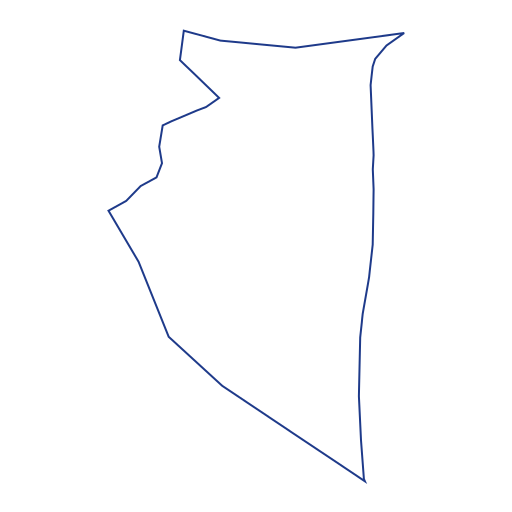 the district of Beliel, Southern Darfur, Sudan
{"feature_id": "16777658B54519575625723", "entity_name": "Beliel", "entity_type": "district", "adm_level": 2, "iso_a3": "SDN", "parent_name": "Sudan", "parent_adm1": "Southern Darfur", "projection": "robinson", "projection_center": [25.18, 11.91], "detail": "fine", "context": "isolated", "style": "outline", "palette": "blue", "viewbox_px": 512, "rotation_deg": 0, "n_neighbors": 0, "source": "geoboundaries", "source_scale": "gbopen_adm2", "svg_char_len": 850}
<svg xmlns="http://www.w3.org/2000/svg" viewBox="0 0 512 512"><path d="M364.9,481.3L363.9,479.0L361.0,440.2L358.9,396.2L359.1,386.4L360.2,337.4L361.8,322.6L362.1,319.3L362.7,313.8L367.8,284.8L369.1,277.1L370.0,268.8L372.7,244.7L373.3,213.6L373.5,196.9L373.6,190.3L373.6,189.2L372.8,169.3L373.6,155.4L373.5,151.7L372.8,136.1L372.5,130.0L372.4,127.8L370.6,85.1L371.9,73.3L372.7,66.5L375.2,58.9L376.1,57.8L386.5,45.5L402.6,34.1L403.5,33.5L403.4,33.1L357.1,39.4L295.5,47.7L259.5,44.3L238.6,42.3L220.4,40.6L183.8,30.7L181.0,52.0L179.9,60.1L185.7,65.7L194.5,74.1L215.5,94.4L219.1,97.9L206.1,107.0L196.9,110.5L171.6,121.2L162.7,125.4L159.2,146.7L162.0,163.2L156.5,177.4L140.7,186.0L126.2,200.9L108.5,210.7L138.6,261.8L168.7,336.8L222.2,385.8L290.0,431.2L291.3,432.1L318.6,450.3L344.2,467.4L364.9,481.3Z" fill="none" stroke="#1e3a8a" stroke-width="2"/></svg>